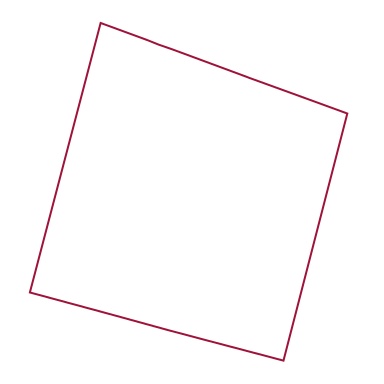 the district of Noxubee, Mississippi, United States of America, rotated 285°
{"feature_id": "52423323B86616716880286", "entity_name": "Noxubee", "entity_type": "district", "adm_level": 2, "iso_a3": "USA", "parent_name": "United States of America", "parent_adm1": "Mississippi", "projection": "equal_earth", "projection_center": [-88.56, 33.107], "detail": "fine", "context": "isolated", "style": "outline", "palette": "rose", "viewbox_px": 384, "rotation_deg": 285, "n_neighbors": 0, "source": "geoboundaries", "source_scale": "gbopen_adm2", "svg_char_len": 347}
<svg xmlns="http://www.w3.org/2000/svg" viewBox="0 0 384 384"><g transform="rotate(285 192 192)"><path d="M53.0,61.4L52.8,143.6L52.4,205.0L52.5,244.6L52.8,323.0L52.8,324.0L308.0,321.7L312.0,276.4L317.1,217.2L317.2,216.7L324.7,135.9L325.7,121.9L327.2,109.1L331.6,60.0L131.8,61.0L53.0,61.4Z" fill="none" stroke="#9f1239" stroke-width="2"/></g></svg>